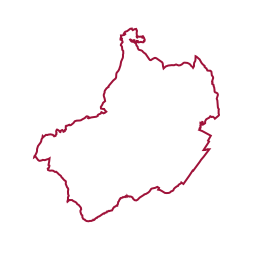 the district of Bodoc, Covasna, Romania, rotated 280°
{"feature_id": "2599482B10512922850096", "entity_name": "Bodoc", "entity_type": "district", "adm_level": 2, "iso_a3": "ROU", "parent_name": "Romania", "parent_adm1": "Covasna", "projection": "mercator", "projection_center": [25.837, 45.981], "detail": "fine", "context": "isolated", "style": "outline", "palette": "rose", "viewbox_px": 256, "rotation_deg": 280, "n_neighbors": 0, "source": "geoboundaries", "source_scale": "gbopen_adm2", "svg_char_len": 5811}
<svg xmlns="http://www.w3.org/2000/svg" viewBox="0 0 256 256"><g transform="rotate(280 128 128)"><path d="M227.0,118.8L226.4,117.2L225.2,115.7L225.9,114.8L226.6,114.5L226.1,113.0L223.3,110.4L222.4,108.7L221.7,108.1L220.6,107.7L220.5,108.6L220.0,109.0L219.1,108.3L218.0,105.8L217.9,105.0L215.9,105.5L215.3,105.1L214.3,105.2L214.7,106.0L214.8,106.5L214.1,106.5L213.5,106.1L213.2,107.0L211.7,107.8L209.8,106.8L208.5,106.5L208.2,106.6L207.9,107.2L206.9,108.0L204.0,108.8L203.1,109.9L200.6,110.4L199.2,110.3L198.0,110.6L196.3,110.7L192.2,109.7L188.2,109.7L184.3,109.1L182.7,108.6L180.5,107.3L179.1,107.1L175.9,107.5L174.6,107.2L172.2,105.2L167.2,102.3L164.9,101.2L164.8,101.4L163.4,100.0L160.9,98.8L159.9,98.6L159.3,98.8L157.5,98.6L157.2,98.4L156.1,98.4L154.9,98.8L153.1,99.8L150.5,100.8L148.5,99.1L146.3,98.6L144.0,97.6L142.5,98.0L142.4,99.5L142.6,101.2L141.5,102.1L140.3,103.8L138.9,102.5L138.2,101.3L138.5,100.6L138.5,99.9L139.0,99.3L139.0,99.1L137.4,98.5L136.1,96.5L135.4,96.0L134.6,96.1L133.6,94.8L132.0,89.9L130.7,87.5L130.8,87.1L131.6,87.5L132.1,87.3L132.4,86.0L132.2,85.1L130.2,83.6L128.9,81.9L127.4,80.2L127.0,79.1L126.3,76.1L125.4,74.4L123.4,73.4L121.1,71.4L120.6,70.4L121.0,69.6L119.5,67.4L119.5,66.8L119.0,66.4L118.3,66.6L117.2,66.6L116.2,67.1L115.7,67.1L115.2,66.3L113.9,66.3L113.1,65.1L114.3,64.3L114.6,63.6L114.5,63.4L113.6,62.3L112.2,62.1L112.2,61.9L112.5,61.4L113.1,61.0L114.1,58.9L114.1,58.3L113.2,57.9L111.7,57.9L110.8,58.5L110.0,58.3L109.5,58.6L108.9,58.4L108.3,57.8L107.6,57.9L107.0,56.7L108.2,55.2L108.3,52.8L107.6,50.6L107.1,49.8L107.0,48.4L104.5,46.3L105.2,45.4L103.1,45.4L102.5,45.0L101.3,44.8L99.7,44.8L98.4,44.4L94.6,42.5L91.5,42.1L89.5,42.4L88.2,42.3L85.0,41.4L84.1,40.8L83.5,40.7L83.0,40.7L83.1,40.8L83.5,41.1L83.7,42.0L80.8,45.1L80.3,46.3L80.5,47.2L81.2,48.8L81.8,49.6L81.9,51.7L83.1,53.8L83.7,55.1L84.5,56.0L80.9,56.2L77.8,56.1L77.4,57.1L76.8,57.2L75.0,57.0L74.7,56.5L74.1,56.0L72.7,56.6L72.4,58.6L72.9,60.4L72.9,61.8L72.1,63.6L72.4,64.8L72.1,65.0L71.9,65.9L70.4,67.9L69.2,70.2L67.8,71.3L67.2,72.4L66.7,72.8L65.3,74.7L65.1,75.6L64.2,76.2L62.1,76.4L58.9,78.4L58.5,79.1L57.4,79.8L55.0,79.9L52.4,80.5L50.9,81.4L49.4,80.9L47.3,81.3L45.1,81.1L44.9,81.2L46.9,82.8L47.3,85.6L46.6,86.7L46.1,88.7L45.5,90.1L44.2,91.3L43.6,92.9L41.4,95.4L39.9,96.0L38.2,95.5L37.0,95.8L34.6,97.1L34.0,98.2L32.1,98.6L30.6,99.8L30.2,101.5L29.7,101.9L29.2,103.5L29.3,105.4L29.9,106.6L30.1,108.0L30.6,108.6L30.8,109.3L31.7,109.7L31.7,109.9L31.5,110.4L31.7,110.8L33.1,111.6L34.1,112.6L34.1,113.0L34.6,113.2L35.5,114.1L36.1,115.2L39.5,118.6L39.7,118.9L39.5,119.4L40.0,119.9L40.6,120.2L41.2,121.7L42.2,121.9L42.5,123.0L43.1,123.6L43.0,124.3L43.4,124.8L44.1,126.6L46.8,127.5L47.2,127.9L48.0,128.2L48.4,129.1L49.5,130.1L49.6,130.9L50.4,130.8L51.0,131.2L53.5,131.2L54.0,131.6L56.4,132.2L56.8,132.7L57.4,132.7L57.8,133.0L58.4,134.5L59.1,135.1L59.0,135.4L59.1,135.9L59.9,137.0L59.7,137.6L60.2,137.7L60.0,138.0L60.1,138.4L60.5,138.5L60.4,139.0L60.9,139.0L60.5,139.4L60.9,140.5L60.7,141.5L60.9,141.8L61.0,142.7L60.4,144.5L59.4,145.1L58.1,147.0L58.1,148.7L59.0,149.9L61.5,151.6L65.3,155.7L65.5,155.7L66.3,157.3L68.0,159.2L69.3,160.2L72.0,161.4L72.5,162.0L73.8,165.2L75.1,167.1L74.4,168.9L72.5,168.4L72.5,169.4L72.8,169.7L72.4,170.4L71.9,172.1L70.5,175.6L70.6,177.3L71.2,179.6L71.9,180.6L73.2,181.6L73.5,182.3L74.4,183.4L76.0,183.8L77.0,184.4L79.0,186.2L79.6,187.3L80.9,187.7L82.9,189.9L83.6,190.0L82.5,192.3L91.8,196.7L97.4,199.1L97.2,199.6L107.1,204.5L109.4,205.5L113.0,207.6L121.2,211.8L120.9,210.0L119.8,208.1L119.4,206.2L128.7,210.2L129.4,209.0L134.8,210.9L137.9,201.6L138.5,198.5L139.2,198.9L139.6,198.6L140.1,198.5L140.7,198.8L140.6,199.3L140.9,199.4L142.0,199.3L142.5,198.9L142.9,198.8L143.4,199.2L144.1,198.9L144.2,199.3L144.8,198.7L145.7,198.4L145.8,198.4L145.6,199.5L145.7,199.8L146.9,200.0L146.9,200.4L146.5,200.7L144.4,200.5L144.2,200.9L144.4,201.3L146.1,203.1L148.0,202.8L149.9,203.4L150.4,203.8L152.4,206.3L153.8,206.9L153.9,207.2L153.3,208.2L153.8,209.7L152.8,211.6L152.3,212.0L155.7,214.9L156.4,215.3L157.2,215.2L158.3,214.6L159.6,214.5L160.6,214.2L162.3,214.2L162.8,213.6L164.1,212.9L170.7,211.2L172.2,210.3L176.2,210.8L176.7,210.6L177.6,210.1L178.1,208.9L178.2,207.8L178.7,207.1L179.6,206.7L180.2,206.7L183.0,205.8L183.8,205.2L185.2,204.8L185.6,204.5L185.8,203.5L186.2,203.2L187.8,203.3L188.1,202.7L188.3,202.7L192.1,203.2L193.2,202.7L194.5,201.4L197.8,200.4L198.5,199.6L198.7,198.9L198.5,198.0L198.4,196.2L198.5,196.1L200.3,194.9L200.4,194.4L201.6,192.7L202.4,192.7L203.8,190.4L205.0,189.0L208.0,186.6L210.1,183.1L210.4,182.1L206.8,182.6L205.3,182.5L204.0,181.9L202.0,181.9L200.9,182.2L200.1,182.2L198.6,181.6L199.4,180.9L200.0,179.6L201.4,178.1L201.9,177.0L202.4,175.2L202.2,172.5L202.0,171.8L201.4,171.1L200.0,170.0L199.0,168.7L198.7,168.0L198.4,167.0L198.9,164.3L197.8,162.4L197.5,160.1L196.5,156.8L195.1,154.4L192.8,152.7L194.8,151.8L197.8,150.9L198.7,150.1L201.5,144.1L201.8,143.0L201.6,142.0L200.4,140.4L198.8,138.7L198.8,137.8L199.3,137.1L204.2,132.3L204.4,131.6L205.4,129.8L206.4,128.6L206.7,127.7L206.9,125.3L207.1,124.8L208.5,123.7L209.6,123.4L210.8,122.0L213.0,121.0L213.1,119.9L213.8,118.9L213.7,116.9L213.9,116.3L214.3,115.8L215.4,114.7L215.5,114.8L215.6,115.1L214.9,116.6L214.8,117.2L215.0,117.8L214.8,118.0L215.0,118.5L214.9,118.8L216.5,118.8L215.0,119.0L214.5,119.6L214.6,121.7L214.5,121.9L214.7,122.0L215.3,121.8L215.4,122.5L214.2,122.9L214.1,123.3L214.4,123.7L214.5,124.6L215.0,125.5L215.0,127.9L215.2,128.4L216.4,128.5L216.5,129.0L217.0,128.9L217.4,129.2L217.7,129.2L219.8,127.9L219.9,127.1L219.6,126.8L219.5,126.6L220.1,126.4L220.8,126.9L221.0,126.7L220.1,125.5L220.3,124.9L219.9,124.0L219.8,122.9L220.0,121.4L218.7,121.4L218.7,121.2L219.0,120.9L219.7,120.6L220.3,120.8L223.0,120.0L225.0,120.0L225.4,119.6L225.7,119.7L227.0,118.8Z" fill="none" stroke="#9f1239" stroke-width="2"/></g></svg>